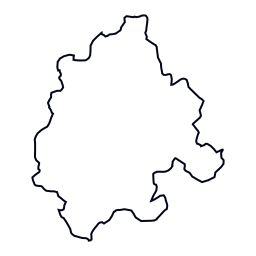 Minya al-Qamh, Ash Sharqiyah, Egypt (Natural Earth projection)
{"feature_id": "37247803B22128077926758", "entity_name": "Minya al-Qamh", "entity_type": "district", "adm_level": 2, "iso_a3": "EGY", "parent_name": "Egypt", "parent_adm1": "Ash Sharqiyah", "projection": "natural_earth1", "projection_center": [31.353, 30.507], "detail": "fine", "context": "isolated", "style": "outline", "palette": "ink", "viewbox_px": 256, "rotation_deg": 0, "n_neighbors": 0, "source": "geoboundaries", "source_scale": "gbopen_adm2", "svg_char_len": 5147}
<svg xmlns="http://www.w3.org/2000/svg" viewBox="0 0 256 256"><path d="M70.2,228.8L71.0,232.2L71.2,232.9L71.5,233.4L72.1,234.1L73.2,234.9L74.3,235.8L75.7,236.2L78.1,236.8L80.0,237.4L82.4,238.0L84.3,238.1L86.0,238.2L86.3,238.3L87.6,238.9L88.7,239.9L88.8,240.6L90.7,240.3L91.2,239.7L91.5,239.5L91.5,237.0L91.2,234.2L92.0,232.2L93.6,229.7L94.7,228.1L95.5,227.3L97.1,225.3L98.3,223.7L99.8,222.6L102.1,222.2L104.0,223.5L104.3,223.3L104.5,223.1L107.1,221.5L109.4,219.9L111.8,216.3L113.8,211.9L114.2,211.9L116.1,210.3L118.4,209.9L120.0,210.0L122.3,209.6L124.2,209.2L129.9,210.2L130.2,210.3L131.5,210.6L131.8,211.1L132.6,212.3L133.7,213.9L134.8,216.0L135.1,216.5L135.9,217.6L139.9,220.2L141.2,221.0L142.0,221.0L148.9,220.8L150.8,220.8L153.1,220.5L154.3,220.5L156.6,219.3L157.0,218.5L158.2,217.3L160.1,215.3L164.5,210.5L166.8,209.0L167.2,206.5L167.2,204.9L166.5,202.4L165.8,200.4L165.4,198.3L164.7,196.7L163.7,195.3L160.1,195.8L158.5,197.0L156.6,198.1L155.4,198.9L152.3,200.5L151.2,200.9L151.4,200.4L153.2,196.0L156.4,190.4L156.4,190.0L156.8,186.7L156.1,184.7L154.5,184.3L153.8,183.4L153.6,181.6L153.5,180.6L153.2,174.0L154.4,172.8L155.5,172.5L156.4,172.0L157.1,171.7L163.6,171.8L165.9,171.5L167.4,170.8L168.6,170.3L170.9,168.3L172.5,165.9L172.1,165.1L172.6,163.5L172.6,161.8L173.7,160.1L174.2,159.4L174.9,158.6L175.3,158.2L175.9,158.4L184.8,164.2L184.8,165.7L184.8,166.2L184.3,169.0L185.5,170.7L187.0,171.5L189.6,172.8L190.8,174.5L192.3,176.6L193.8,177.4L197.2,179.5L199.4,180.7L202.1,182.1L208.3,180.2L214.5,177.1L215.2,173.6L215.3,172.6L216.5,171.4L221.2,167.0L223.5,163.8L223.6,161.4L223.6,160.2L221.4,157.7L221.1,152.8L222.6,150.4L222.7,149.7L222.3,149.6L216.5,152.3L213.8,148.9L210.8,146.0L207.4,143.9L205.5,143.9L204.3,145.1L200.9,146.2L200.5,145.0L200.2,144.9L199.4,144.5L197.5,143.7L197.1,143.7L196.3,142.0L196.3,141.2L196.4,139.6L197.2,136.8L198.0,134.3L198.8,132.7L198.1,131.1L193.6,125.3L192.8,124.4L193.2,123.6L199.8,117.7L200.9,115.9L200.7,114.4L199.6,110.3L200.4,108.6L202.0,105.1L202.4,104.0L203.6,101.1L202.1,99.4L199.4,97.7L192.0,90.5L190.8,89.4L188.5,86.9L187.8,83.2L186.7,79.9L186.2,79.6L185.2,79.0L183.7,78.6L181.7,79.0L180.2,79.7L177.5,81.7L173.2,84.5L172.3,84.6L171.3,84.8L171.8,79.1L171.4,77.1L171.1,75.5L170.7,74.6L169.9,74.2L168.4,74.2L166.1,74.9L163.8,74.9L163.2,74.4L162.3,73.6L161.2,67.5L160.9,63.4L158.0,57.6L156.8,48.5L156.6,46.6L156.2,46.1L155.9,45.8L155.9,45.4L151.7,42.8L146.4,39.1L146.8,36.6L146.1,35.0L145.3,32.9L145.5,32.4L146.2,30.5L146.5,27.6L146.7,26.2L147.1,23.2L147.5,19.5L147.2,17.5L146.5,16.6L146.0,15.8L144.9,15.4L144.6,15.4L143.4,15.4L141.4,15.7L139.9,16.5L136.0,17.2L134.6,16.6L133.3,17.2L128.0,16.4L126.5,16.2L124.5,17.8L124.5,20.2L124.8,21.1L124.8,22.2L121.3,27.1L120.8,29.1L120.4,30.3L118.4,31.7L117.2,32.5L116.7,32.9L115.8,33.5L112.7,34.2L111.9,34.2L109.5,34.5L108.1,35.5L107.7,35.7L105.4,36.5L104.2,35.3L103.0,34.7L101.6,34.0L101.6,32.8L101.0,33.2L100.5,33.7L99.6,34.5L98.0,36.0L97.4,36.4L96.3,37.5L95.9,37.9L95.5,38.3L93.3,40.5L93.1,40.7L91.7,43.5L90.6,45.5L90.6,47.0L90.5,50.0L90.5,51.1L90.4,52.0L90.2,54.9L89.8,56.1L89.0,57.9L87.6,59.0L85.9,60.2L84.0,60.4L83.1,60.4L80.9,60.5L78.6,60.4L78.0,60.4L75.1,60.1L74.8,60.1L73.5,59.8L73.5,59.4L73.6,58.6L73.6,57.0L73.8,56.3L73.9,55.5L72.2,55.2L71.3,55.0L70.4,54.9L69.0,54.8L68.0,55.1L63.8,56.3L60.0,58.5L59.8,58.8L57.7,61.9L57.5,64.9L57.4,65.7L57.3,66.9L57.5,68.0L57.6,68.6L58.1,70.5L59.6,70.3L59.9,72.1L60.5,73.0L60.6,73.4L60.9,74.2L60.8,75.0L60.6,75.9L59.6,76.7L59.3,77.3L59.1,77.8L59.7,79.2L60.0,79.5L61.1,80.7L61.3,81.2L61.9,82.8L62.7,85.1L62.8,85.9L63.1,87.5L61.4,90.0L60.4,90.8L57.1,90.8L54.1,91.8L52.7,92.3L51.8,92.6L51.4,92.8L51.0,94.7L51.1,95.4L51.1,97.4L49.7,99.5L48.0,102.8L48.4,104.2L49.0,105.7L49.4,106.6L49.1,107.4L50.9,110.1L51.4,111.5L51.9,112.9L53.0,113.6L52.5,114.8L51.8,116.5L51.5,117.0L50.8,118.9L50.4,120.0L49.9,121.6L49.1,123.6L48.5,124.7L47.2,126.7L46.8,126.9L44.6,128.1L43.4,128.8L42.1,129.6L40.2,131.0L39.3,131.9L37.9,133.0L37.6,133.3L35.9,136.2L35.7,136.7L34.9,138.9L34.7,139.3L34.8,140.0L34.9,140.9L35.0,141.9L35.1,144.2L35.1,145.0L35.1,148.9L35.1,150.8L35.0,155.1L35.0,157.3L35.1,157.5L36.2,160.2L39.1,162.8L39.1,164.3L39.0,164.6L38.4,166.4L38.3,168.9L39.4,169.8L39.7,170.1L39.6,170.7L39.5,171.1L39.3,172.0L38.5,172.6L37.5,173.2L37.0,173.6L35.9,174.4L34.8,175.2L34.0,176.0L32.4,177.4L32.6,178.5L32.7,178.9L32.7,179.2L32.9,180.1L33.0,180.3L33.5,181.6L33.7,182.1L34.1,183.0L34.3,183.7L34.7,184.6L35.1,184.9L36.4,185.7L37.2,185.7L37.6,185.8L39.7,186.0L40.4,186.1L41.4,186.2L42.5,187.1L42.9,187.6L44.0,189.0L46.3,190.8L46.8,190.8L47.6,190.9L48.4,191.0L49.0,191.1L51.3,191.3L53.6,191.3L55.1,191.6L57.1,192.1L58.0,195.0L58.3,195.9L58.4,196.3L59.8,197.2L60.5,197.8L60.9,198.1L62.8,199.7L63.1,200.0L65.2,201.6L65.9,202.0L65.7,202.4L65.3,203.2L64.9,204.2L64.6,204.8L64.4,205.2L64.3,206.0L64.2,206.9L64.1,207.4L63.9,208.1L63.9,208.5L63.7,209.2L63.4,209.4L63.0,209.6L62.2,210.1L61.9,210.1L61.6,210.2L60.7,210.2L60.2,210.2L59.3,210.2L58.7,210.0L59.6,212.7L60.3,214.8L60.5,215.1L61.4,216.9L61.7,217.1L63.8,218.2L64.4,219.2L65.5,220.7L65.7,221.0L66.4,222.2L68.1,225.0L69.1,226.9L70.2,228.8Z" fill="none" stroke="#020617" stroke-width="2"/></svg>